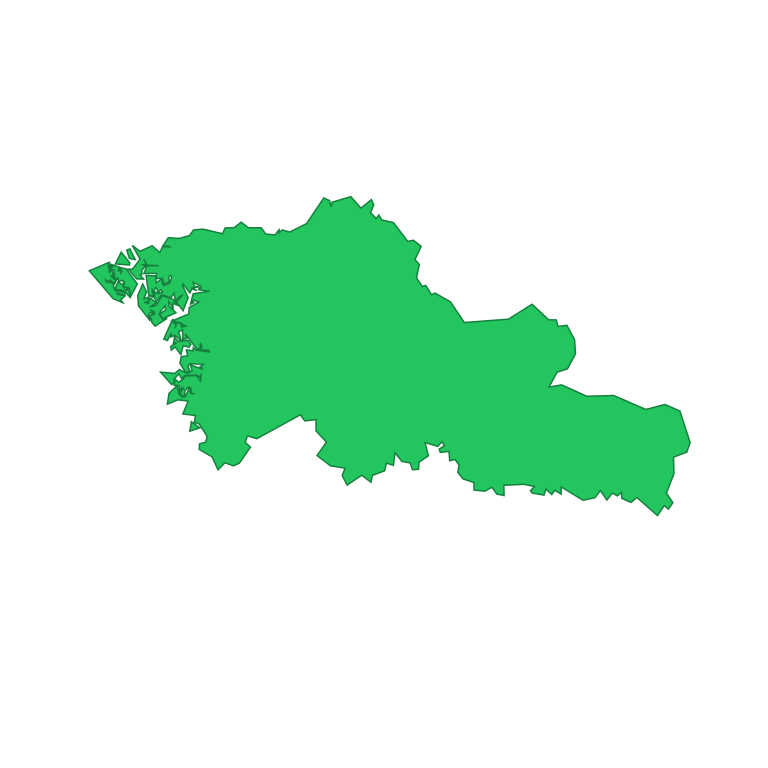 San Lorenzo, Esmeraldas, Ecuador (Mercator projection), rotated 311°
{"feature_id": "8360857B36933905288912", "entity_name": "San Lorenzo", "entity_type": "district", "adm_level": 2, "iso_a3": "ECU", "parent_name": "Ecuador", "parent_adm1": "Esmeraldas", "projection": "mercator", "projection_center": [-78.743, 0.975], "detail": "fine", "context": "isolated", "style": "filled", "palette": "green", "viewbox_px": 768, "rotation_deg": 311, "n_neighbors": 0, "source": "geoboundaries", "source_scale": "gbopen_adm2", "svg_char_len": 6171}
<svg xmlns="http://www.w3.org/2000/svg" viewBox="0 0 768 768"><g transform="rotate(311 384 384)"><path d="M557.7,625.1L552.9,609.5L536.6,598.3L526.0,564.9L507.8,545.1L499.9,518.7L489.9,510.5L506.5,506.9L515.8,512.5L532.5,508.7L542.5,498.7L548.3,483.5L541.6,477.6L545.4,472.0L540.5,466.2L541.3,443.4L514.6,435.4L483.1,404.3L489.6,380.3L486.1,362.9L482.5,361.3L485.8,350.9L482.7,348.9L485.4,338.9L497.4,332.2L498.2,325.8L512.3,321.7L511.8,311.9L507.2,308.3L512.0,285.3L506.4,274.8L508.1,269.2L503.8,269.6L504.5,261.4L512.6,258.7L514.8,253.5L501.6,251.3L503.6,236.0L487.2,225.6L483.2,227.7L486.7,222.5L484.9,216.5L454.2,220.3L436.9,213.2L433.4,206.0L429.5,205.8L431.5,203.6L425.1,204.0L419.6,196.4L421.3,188.8L413.0,179.1L412.4,170.0L403.8,168.4L397.5,161.7L391.5,163.5L382.0,145.6L375.3,139.2L368.5,139.8L359.6,134.1L352.9,125.2L343.1,126.6L347.1,131.7L347.0,132.4L342.4,126.8L336.1,128.5L336.2,118.3L324.0,112.7L323.5,103.1L318.1,118.1L305.5,118.8L303.0,115.7L301.1,128.4L305.4,133.7L306.2,128.4L307.7,129.4L311.2,126.6L317.5,126.8L315.9,125.3L315.8,123.8L318.6,126.1L320.7,120.8L318.2,127.2L325.4,136.3L317.7,127.6L309.8,130.3L318.2,139.7L314.1,143.0L318.4,147.4L314.1,152.9L317.1,152.6L319.2,155.7L323.4,151.6L325.3,151.5L325.9,151.8L325.4,153.8L319.1,156.0L313.9,153.4L314.0,151.5L317.7,147.4L310.8,145.6L315.7,140.7L309.8,133.3L296.1,148.8L300.7,152.1L301.4,149.1L303.9,146.1L301.7,149.3L307.3,148.5L304.7,154.0L308.0,153.3L308.7,154.2L307.7,156.4L308.8,157.1L304.1,154.4L303.0,149.7L300.2,153.2L297.6,151.5L298.5,154.1L297.2,158.0L305.5,157.7L309.3,166.6L314.8,166.0L309.0,173.1L313.9,172.0L319.5,173.6L309.7,173.5L307.5,184.3L320.7,179.5L326.3,167.1L327.7,166.8L325.3,177.6L329.8,176.7L331.9,181.6L330.8,176.4L336.1,180.6L333.3,177.0L335.4,173.3L337.8,181.5L333.3,181.9L337.1,182.5L334.1,183.3L339.7,191.6L326.9,180.8L316.3,186.1L320.5,184.3L318.9,186.3L320.6,187.1L321.2,185.5L321.8,185.3L322.4,185.4L324.4,190.5L313.9,186.8L308.7,190.7L292.8,182.8L296.9,191.1L294.6,194.1L295.9,194.9L295.9,193.1L296.8,192.7L297.9,196.5L294.2,194.0L296.4,190.4L292.6,185.4L292.5,188.3L289.1,189.9L292.4,188.1L292.2,183.2L292.7,182.6L294.7,181.9L273.4,188.3L274.7,192.0L283.0,190.1L279.8,192.4L283.6,194.4L283.5,202.7L288.8,194.6L292.7,196.4L285.6,202.8L288.9,205.2L291.5,201.1L287.5,220.0L289.1,221.1L289.9,222.9L291.3,221.3L292.7,221.5L291.8,220.6L292.7,220.4L293.6,219.2L294.0,219.1L292.8,221.7L289.6,223.2L294.2,229.2L294.5,230.2L293.6,231.2L286.0,219.3L286.3,216.2L283.9,218.1L280.1,212.5L276.3,217.3L271.6,213.0L265.7,216.4L262.6,227.0L266.5,228.9L268.7,224.4L272.2,224.4L280.4,234.9L276.4,233.9L276.7,235.8L276.0,237.1L271.5,225.5L267.8,230.8L263.0,228.4L260.6,220.1L254.8,219.2L246.4,207.6L244.2,224.1L246.7,225.0L250.4,222.3L257.1,222.6L255.0,228.4L257.8,227.8L260.3,228.5L267.8,236.7L268.2,241.5L270.0,239.7L271.2,240.0L265.7,243.5L267.4,237.0L259.7,228.8L255.4,229.2L250.6,227.8L250.6,223.1L245.3,226.5L248.3,230.3L243.7,235.1L248.9,233.9L249.2,235.5L243.8,235.5L242.4,239.3L243.9,241.4L248.4,238.1L253.1,238.4L254.3,241.4L250.8,244.7L252.3,248.0L250.1,244.1L253.4,239.5L244.1,242.4L241.8,240.3L241.9,235.9L246.9,228.9L235.9,227.9L226.7,233.7L236.9,238.9L242.6,247.4L229.4,251.8L236.5,262.4L230.7,266.1L232.6,270.9L228.3,285.1L222.9,287.5L217.9,284.0L213.4,287.4L216.2,302.1L210.3,315.1L220.2,315.6L223.4,324.0L229.5,326.8L248.8,324.6L248.9,317.5L255.2,315.0L259.3,323.9L305.9,341.1L304.2,348.5L312.5,356.0L304.0,363.5L302.4,378.7L286.1,380.4L287.1,397.2L294.9,409.8L287.5,412.5L283.5,422.5L300.5,427.0L301.3,438.6L307.4,435.2L318.9,441.4L325.9,437.8L328.8,444.4L339.4,437.4L337.3,448.4L341.6,455.6L338.0,461.8L342.3,466.0L348.0,461.7L358.9,464.6L366.8,453.4L372.1,465.5L378.5,465.6L377.0,470.2L371.2,468.3L369.3,471.4L375.8,477.3L369.2,483.9L373.7,487.2L372.0,493.9L365.8,497.6L364.2,505.8L368.6,516.5L363.0,521.6L369.4,530.5L376.8,533.2L375.0,541.4L378.6,547.8L386.2,540.9L400.0,555.3L405.4,564.8L399.5,564.5L399.0,567.6L405.1,577.6L411.0,575.2L410.6,583.1L415.8,582.6L417.1,589.9L422.6,585.3L426.8,610.4L436.5,617.8L445.5,617.2L442.6,628.3L451.5,627.9L452.7,633.5L457.9,634.5L453.7,638.5L456.7,648.1L464.3,649.4L464.1,676.7L476.1,675.3L476.2,680.7L483.9,679.9L486.9,668.7L506.5,661.7L518.7,650.5L531.3,657.2L540.7,653.4L557.7,625.1ZM297.7,144.4L301.2,136.3L289.2,140.1L281.9,147.4L278.4,165.6L280.0,166.1L280.4,161.8L283.2,160.6L284.5,160.9L285.1,161.8L284.1,163.8L286.4,164.4L286.7,158.6L287.7,163.6L286.7,164.9L285.5,165.0L281.3,161.6L280.6,166.0L278.3,168.0L277.5,173.3L291.3,177.3L287.6,174.5L288.9,168.9L291.9,167.6L299.3,167.5L296.5,170.7L290.1,168.6L287.9,174.1L301.3,180.2L301.8,170.4L305.0,167.5L303.0,174.9L306.4,171.7L307.8,175.8L309.6,169.3L305.0,158.6L294.1,160.5L288.3,156.8L296.0,159.0L295.5,150.9L290.2,153.3L289.2,152.5L289.5,150.3L287.9,149.9L289.4,149.8L290.9,152.6L294.8,149.2L290.9,146.8L297.7,144.4ZM295.6,96.8L276.1,87.3L270.7,123.6L274.0,133.5L274.7,130.1L281.4,130.9L280.5,130.3L277.3,125.0L277.0,123.7L277.4,122.5L280.6,129.8L283.3,128.7L278.3,119.5L280.4,115.4L283.7,114.8L281.9,114.0L282.5,109.6L280.8,111.0L279.1,107.9L279.3,106.2L280.7,104.5L279.4,107.3L283.0,109.7L282.3,113.9L288.2,113.9L286.2,112.1L286.4,106.2L287.3,109.6L291.7,104.0L290.4,102.6L289.9,103.7L288.1,103.6L288.0,103.4L291.1,100.7L294.1,102.0L291.5,98.9L295.6,96.8ZM298.8,108.2L294.8,98.5L293.1,98.4L294.7,102.3L291.1,101.4L293.1,105.5L286.7,111.7L289.4,113.4L287.1,117.2L289.3,117.3L290.5,118.6L289.8,120.9L291.3,120.2L289.0,122.6L286.7,123.0L288.0,126.8L285.7,128.0L288.6,127.2L289.0,127.7L288.9,129.3L283.8,135.4L297.7,132.2L301.7,114.0L299.0,108.8L295.6,109.5L297.5,110.7L297.6,111.8L293.8,112.9L297.4,111.6L295.4,109.7L295.6,109.0L298.8,108.2ZM282.1,195.1L276.1,198.6L278.5,199.6L278.6,200.4L272.4,198.4L270.0,201.3L274.9,202.1L272.9,211.3L281.3,207.3L283.7,212.8L287.2,212.2L288.3,207.4L281.0,200.3L282.1,195.1ZM311.1,99.2L298.4,102.5L306.8,113.8L308.6,112.8L311.1,99.2ZM287.1,116.2L278.9,118.6L283.7,126.2L282.9,135.2L288.7,128.9L285.5,128.0L286.4,122.8L289.1,121.6L287.1,121.2L287.1,116.2ZM230.0,273.7L229.2,263.4L220.9,268.4L230.0,273.7ZM314.7,114.6L319.3,103.7L316.3,102.0L311.7,109.5L314.7,114.6Z" fill="#22c55e" stroke="#15803d" stroke-width="1.5"/></g></svg>